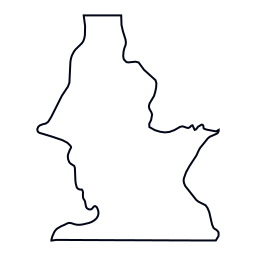 the Province of Centro Sur
{"feature_id": "GNQ-1468", "entity_name": "Centro Sur", "entity_type": "Province", "adm_level": 1, "iso_a3": "GNQ", "parent_name": "Equatorial Guinea", "parent_adm1": "", "projection": "robinson", "projection_center": [10.435, 1.583], "detail": "fine", "context": "isolated", "style": "outline", "palette": "ink", "viewbox_px": 256, "rotation_deg": 0, "n_neighbors": 0, "source": "natural_earth", "source_scale": "10m", "svg_char_len": 2149}
<svg xmlns="http://www.w3.org/2000/svg" viewBox="0 0 256 256"><path d="M83.7,15.4L121.2,15.4L121.5,25.0L122.9,31.2L125.5,39.5L125.9,42.2L125.7,44.6L124.3,48.4L123.6,51.3L123.2,55.8L123.5,58.3L124.3,60.0L124.6,60.2L126.5,62.1L128.3,62.4L135.6,61.7L138.7,62.5L139.6,63.8L144.0,69.8L155.5,80.2L156.4,83.3L156.1,87.8L155.1,92.4L154.0,96.0L149.6,103.4L148.9,106.2L149.3,108.7L151.4,112.4L152.1,114.5L151.1,120.0L149.2,123.9L149.4,127.1L155.0,130.2L160.3,131.8L165.0,132.4L169.5,131.9L174.4,130.1L180.0,126.9L182.0,126.4L183.6,126.6L186.6,127.7L188.3,128.0L190.0,127.1L191.3,125.7L192.5,125.3L194.7,129.9L196.1,129.3L198.2,126.6L199.4,126.0L200.7,125.1L201.9,124.6L203.0,125.2L203.4,126.1L203.6,128.2L204.2,128.8L206.9,129.7L215.6,131.3L216.4,131.2L217.1,130.8L218.7,129.9L218.7,131.0L217.6,133.1L215.9,134.1L209.9,136.7L207.9,138.3L200.2,147.8L198.9,150.0L196.4,155.5L189.4,166.2L186.1,172.2L183.9,178.3L183.6,180.4L184.0,183.1L185.3,186.1L196.4,200.1L198.5,201.7L205.6,205.3L207.5,208.0L209.2,212.0L212.1,224.6L213.6,228.0L214.9,229.0L216.3,229.8L217.5,230.9L218.5,232.3L218.6,234.3L218.5,236.1L216.1,240.0L215.8,240.5L177.1,240.4L126.1,240.2L122.1,240.2L75.0,240.0L56.3,239.9L51.4,240.6L51.3,240.2L52.4,236.2L54.1,232.4L55.0,230.9L56.0,229.7L56.9,228.8L60.8,226.4L65.0,224.6L65.8,224.1L67.8,223.2L69.4,222.9L71.0,223.1L74.5,224.2L76.6,224.7L79.2,224.8L82.4,224.5L88.8,223.0L91.5,222.0L94.1,220.5L96.4,218.5L97.9,216.0L98.5,213.6L98.3,211.1L97.6,208.9L96.7,207.1L95.2,206.1L94.2,206.3L93.1,207.3L92.0,208.8L90.5,209.5L88.7,209.3L86.9,208.2L86.0,206.7L85.1,201.8L84.5,200.3L83.6,199.0L83.0,197.4L82.9,194.7L83.0,192.5L82.6,190.7L81.7,189.5L79.8,189.5L78.2,188.9L76.8,187.5L75.8,183.7L75.4,180.7L74.9,168.0L74.2,165.9L70.8,163.8L69.3,162.3L68.1,159.2L67.8,156.6L68.1,154.3L69.8,149.9L71.1,147.5L70.9,146.6L70.3,145.6L67.3,142.7L62.3,140.1L51.3,136.4L39.3,132.8L38.1,131.9L37.5,130.8L37.3,129.1L38.2,126.9L39.8,125.4L42.6,124.3L45.9,123.5L48.2,121.8L51.3,116.8L61.9,95.7L68.0,86.5L69.4,82.7L70.4,61.8L71.0,58.3L72.0,55.3L74.0,51.5L75.5,49.5L82.1,43.0L83.3,41.1L84.2,38.7L84.9,35.3L85.1,26.1L83.7,15.4Z" fill="none" stroke="#020617" stroke-width="2"/></svg>